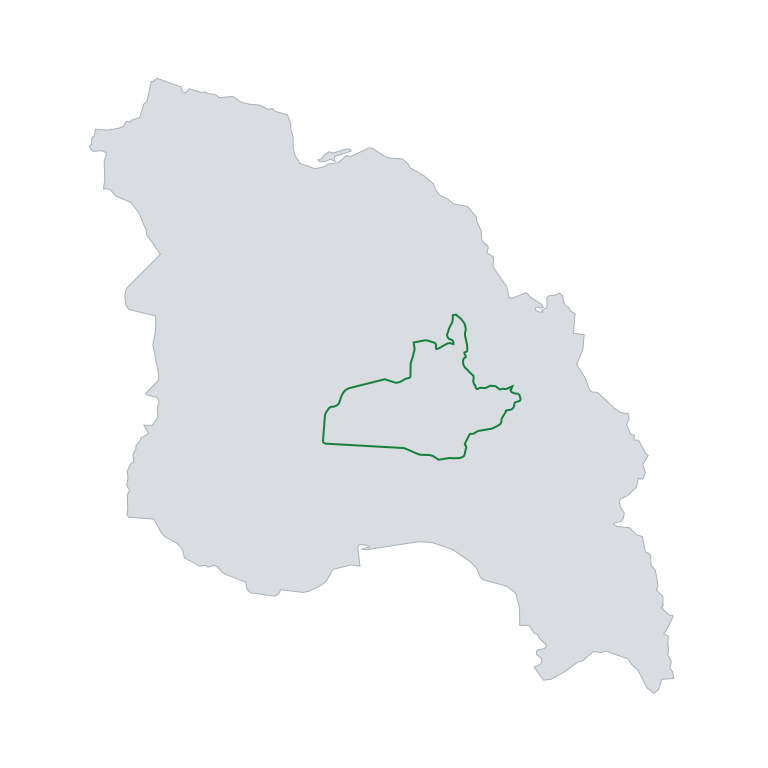 location of Esfahan within Iran, rotated 185°
{"feature_id": "IRN-3211", "entity_name": "Esfahan", "entity_type": "Province", "adm_level": 1, "iso_a3": "IRN", "parent_name": "Iran", "parent_adm1": "", "projection": "mercator", "projection_center": [51.611, 32.657], "detail": "fine", "context": "in_parent", "style": "outline", "palette": "green", "viewbox_px": 768, "rotation_deg": 185, "n_neighbors": 0, "source": "natural_earth", "source_scale": "10m", "svg_char_len": 5711}
<svg xmlns="http://www.w3.org/2000/svg" viewBox="0 0 768 768"><g transform="rotate(185 384 384)"><path d="M392.1,200.4L401.2,200.9L417.7,195.2L419.2,193.9L424.3,182.6L430.0,177.4L440.0,171.3L446.4,169.3L469.0,170.1L470.7,165.5L474.5,163.1L499.1,164.4L502.8,168.0L504.3,174.5L524.7,180.4L528.9,182.4L533.9,187.2L538.0,188.5L543.3,186.3L546.5,187.8L551.9,186.5L567.8,193.6L569.9,200.8L572.8,204.2L576.3,207.2L588.9,212.8L592.6,216.0L601.7,229.3L627.1,229.1L628.7,231.9L628.4,237.6L630.1,251.1L628.1,256.0L631.4,260.4L630.9,268.8L632.2,274.6L629.3,282.7L626.4,284.2L628.0,291.4L625.4,298.2L625.8,300.8L621.8,306.6L621.6,308.8L614.2,314.2L619.6,322.1L611.5,322.6L606.4,330.9L607.7,340.9L606.4,346.0L607.2,348.8L609.3,350.8L620.1,352.7L620.4,354.1L608.8,368.4L609.3,374.0L617.6,402.8L616.2,417.1L617.3,431.8L644.7,436.1L647.8,439.8L649.7,447.9L649.6,453.9L648.7,457.0L618.0,493.8L633.5,512.0L634.2,516.1L643.5,533.7L652.2,542.8L667.3,547.7L674.2,554.3L680.5,554.0L679.9,563.0L682.2,581.6L680.3,590.1L685.6,591.8L693.8,590.5L696.7,592.2L698.3,595.2L696.2,597.0L696.5,604.2L694.4,605.7L693.5,612.6L681.4,612.8L670.1,615.8L665.9,618.4L663.6,623.3L659.9,622.8L658.7,624.7L650.6,628.0L647.7,641.9L644.7,645.2L642.3,665.1L640.5,665.3L636.6,668.7L612.2,662.2L609.7,657.4L607.2,656.6L603.6,661.1L591.4,658.5L587.2,659.3L584.6,657.9L578.0,657.8L572.8,655.0L559.5,657.3L551.4,652.4L542.7,651.0L532.0,651.0L523.3,647.4L518.7,648.8L516.6,646.2L503.7,643.8L499.5,634.9L499.3,630.5L496.2,622.7L495.1,611.5L492.2,603.3L486.7,596.5L471.8,592.5L464.0,594.6L458.2,598.4L448.7,600.6L441.4,608.2L437.1,607.6L419.7,617.9L416.0,617.7L403.0,610.9L397.2,609.6L385.4,609.8L378.9,605.2L377.2,601.9L361.8,594.6L352.3,587.9L349.4,581.7L345.3,577.2L336.0,573.5L330.7,569.5L316.3,568.1L306.2,558.2L306.1,555.0L300.2,544.1L299.2,536.1L297.8,534.1L292.8,530.8L292.0,528.6L293.1,523.6L286.6,520.5L285.6,518.0L285.7,510.3L270.1,491.4L266.9,481.0L264.0,480.6L250.0,487.4L246.0,483.6L233.7,476.9L232.0,474.4L235.1,473.1L238.1,474.3L240.0,472.9L239.3,470.7L236.2,469.3L232.0,469.4L233.2,471.5L229.2,473.5L228.4,476.1L229.3,483.9L227.7,486.1L221.2,487.4L217.2,489.9L213.5,487.1L212.4,481.4L210.1,477.7L206.7,476.4L204.2,472.8L199.8,470.9L199.7,451.0L188.9,450.6L188.9,435.4L193.8,420.3L183.4,406.6L178.8,396.1L176.0,394.1L170.7,394.4L152.7,380.2L146.4,376.5L137.8,375.4L136.8,370.4L138.9,364.8L134.8,357.6L133.5,355.4L130.0,354.6L130.2,350.0L125.6,350.2L117.0,337.6L114.5,335.8L119.2,326.2L115.8,318.3L117.9,311.7L122.3,312.0L123.6,303.1L131.6,294.0L138.5,290.0L139.2,287.3L137.8,282.3L133.3,276.1L134.0,270.8L135.4,268.2L142.7,265.3L143.1,264.2L139.6,262.3L126.8,262.2L119.8,256.0L113.3,254.4L109.4,240.7L108.3,239.0L105.2,238.5L103.3,236.0L102.2,226.8L97.7,222.7L93.9,209.0L93.7,205.6L94.8,202.6L87.7,196.7L86.7,187.5L88.2,185.4L79.9,178.7L76.2,178.4L75.8,177.2L81.4,162.9L83.6,159.5L78.7,157.4L78.6,150.2L77.3,144.3L77.8,138.6L74.5,134.5L73.6,132.0L74.7,125.7L71.5,122.6L69.7,115.9L81.6,114.0L83.8,103.6L88.1,99.3L95.6,104.3L106.1,121.1L112.5,125.9L117.2,131.5L139.7,137.2L144.5,135.4L152.2,135.8L161.9,125.5L166.4,124.2L177.8,113.9L191.9,104.4L199.2,102.9L209.8,115.0L203.8,118.6L202.7,121.6L203.4,124.5L208.3,127.6L208.9,131.0L207.2,132.6L201.0,134.5L199.2,137.9L206.0,143.3L209.3,147.9L212.9,149.1L218.7,156.4L227.7,155.3L229.5,172.8L234.6,187.1L244.1,193.2L268.8,197.8L271.5,200.6L275.6,208.4L281.9,213.9L301.0,225.0L322.0,230.2L335.9,229.9L387.4,217.3L392.2,217.3L384.5,220.5L387.4,221.9L394.0,221.9L395.5,220.6L395.7,218.5L392.1,200.4ZM466.3,602.7L463.2,607.1L458.7,610.7L455.2,609.6L441.4,615.0L437.7,614.7L437.2,613.0L452.4,606.7L453.1,605.0L452.2,601.7L457.1,603.1L462.6,600.4L467.1,599.7L469.3,601.5L466.3,602.7Z" fill="#d9dde1" stroke="#a8b0b8" stroke-width="1"/><path d="M264.6,354.3L267.3,352.1L272.5,349.0L286.1,345.4L288.1,344.1L289.9,342.6L292.0,341.9L293.8,341.9L294.7,340.4L297.8,332.8L298.2,330.5L297.3,330.0L296.6,328.3L297.6,320.6L298.0,319.4L299.2,318.2L302.3,316.8L309.3,316.0L311.9,316.1L322.9,313.3L329.2,316.7L332.4,317.2L341.3,316.7L343.5,317.0L357.4,321.6L359.1,321.9L436.9,319.5L438.7,320.1L439.5,320.8L439.8,321.2L440.1,347.8L439.3,350.6L436.5,355.4L434.6,356.7L432.1,357.0L428.9,358.7L427.1,360.9L425.6,367.4L424.6,370.3L423.3,372.7L421.5,374.9L418.1,376.9L383.6,388.8L373.2,386.4L370.9,386.5L367.7,387.7L365.8,389.0L364.3,390.2L362.2,391.4L359.9,392.1L358.6,392.9L358.3,394.2L359.2,406.1L358.9,408.6L357.6,414.0L357.0,418.6L356.6,419.6L356.7,422.2L358.1,427.9L346.9,431.1L344.5,431.1L337.3,429.5L335.7,428.1L335.4,424.6L334.9,423.5L334.4,423.4L329.9,425.9L329.3,426.7L328.4,427.2L324.0,430.1L321.5,430.5L318.4,429.7L318.3,430.9L319.0,432.7L320.0,433.7L321.3,434.2L322.7,434.4L324.6,435.9L325.6,438.5L324.8,441.1L324.1,444.9L321.3,451.8L321.1,455.2L321.4,457.4L321.4,458.6L320.5,458.9L318.0,459.3L317.4,458.7L312.8,455.4L309.3,451.6L307.5,447.0L307.3,444.4L307.6,443.1L307.7,440.1L304.7,430.3L304.0,425.9L304.2,423.8L305.3,423.1L306.7,422.4L306.6,421.3L305.6,420.0L305.0,418.8L305.1,417.7L306.4,416.8L307.4,414.7L306.8,410.7L305.1,407.6L301.4,404.8L299.6,403.0L295.5,399.8L295.2,396.8L295.4,394.0L294.6,392.9L294.4,391.7L293.9,391.2L293.0,390.9L292.7,390.0L292.4,388.2L291.1,387.1L289.7,387.4L289.0,388.2L287.6,388.6L283.3,388.8L282.1,389.0L278.4,391.4L276.9,391.7L275.9,391.3L274.3,391.7L272.2,391.4L270.2,389.8L268.2,388.7L266.8,389.0L265.8,389.5L264.6,389.7L262.4,389.4L255.9,392.9L256.8,390.0L257.5,388.9L256.2,387.1L252.9,385.9L250.1,386.0L248.3,385.1L246.7,381.2L246.7,380.8L246.9,379.9L247.3,379.1L248.1,378.6L250.7,377.7L252.2,376.6L252.8,372.0L254.6,369.8L259.5,368.4L260.3,368.0L260.3,367.2L260.5,366.3L263.8,359.7L263.7,358.0L263.9,355.9L264.6,354.3Z" fill="none" stroke="#15803d" stroke-width="2"/></g></svg>